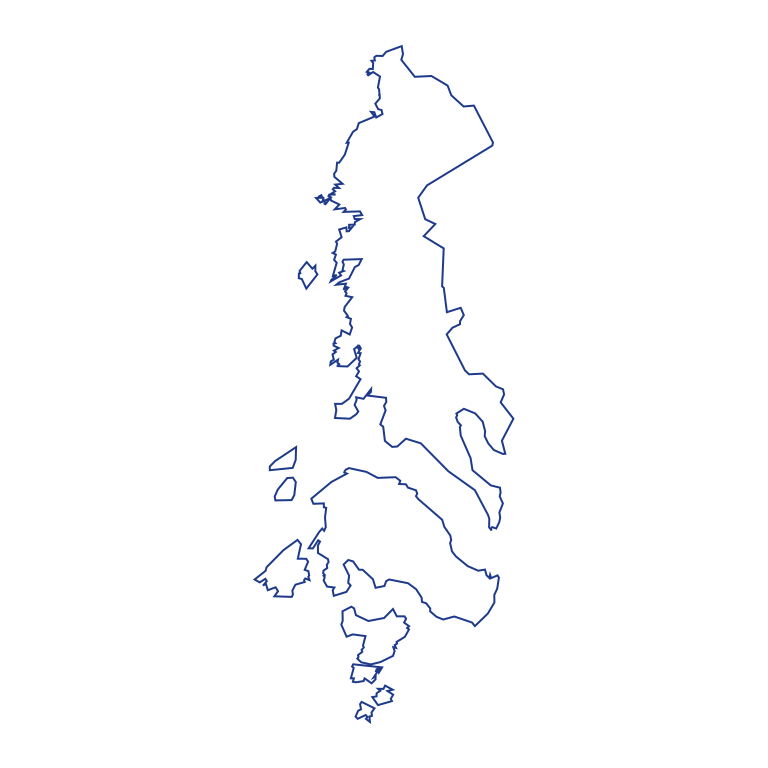 outline of Harstad nor, Troms, Norway, rotated 180°
{"feature_id": "86288312B68786515183071", "entity_name": "Harstad nor", "entity_type": "district", "adm_level": 2, "iso_a3": "NOR", "parent_name": "Norway", "parent_adm1": "Troms", "projection": "orthographic", "projection_center": [16.539, 68.812], "detail": "fine", "context": "isolated", "style": "outline", "palette": "blue", "viewbox_px": 768, "rotation_deg": 180, "n_neighbors": 0, "source": "geoboundaries", "source_scale": "gbopen_adm2", "svg_char_len": 6129}
<svg xmlns="http://www.w3.org/2000/svg" viewBox="0 0 768 768"><g transform="rotate(180 384 384)"><path d="M366.3,721.9L381.8,716.2L385.4,712.0L391.6,712.2L393.7,710.7L393.2,707.5L396.5,707.2L394.8,704.9L395.2,699.0L398.5,699.2L401.2,696.1L399.0,695.5L400.6,693.8L399.8,692.7L394.9,696.0L388.0,691.5L390.1,680.4L388.9,678.7L388.5,673.3L389.5,672.8L388.3,672.8L388.2,669.6L392.7,664.3L389.8,658.8L386.5,658.0L385.5,654.0L391.7,650.5L393.7,655.8L397.0,656.1L393.4,651.5L409.2,644.9L411.1,638.9L415.0,636.2L421.3,625.2L419.3,625.3L423.2,613.3L428.8,605.3L430.9,605.4L431.7,597.3L433.9,594.2L433.6,591.1L425.4,584.2L432.7,583.4L429.0,580.0L434.0,580.2L435.2,578.7L432.9,576.7L436.9,574.2L432.4,573.5L438.7,573.4L439.5,572.0L437.2,570.7L442.2,567.7L445.2,567.8L444.5,569.9L447.1,572.2L446.0,573.3L448.9,571.6L447.2,570.2L451.9,570.0L447.7,565.4L443.0,567.5L443.5,564.3L442.5,563.8L437.5,570.2L437.0,567.5L428.7,563.5L433.2,558.7L422.9,560.0L422.1,558.4L424.4,556.1L408.0,556.6L405.9,552.9L414.2,551.9L413.3,549.0L407.7,548.9L413.1,545.9L413.3,543.4L418.9,543.2L418.9,540.0L415.7,541.0L419.0,536.9L421.4,536.7L421.6,540.6L428.8,538.5L426.4,530.8L432.0,526.4L430.9,524.2L432.8,516.5L435.3,515.0L432.1,513.4L433.9,508.2L431.3,505.3L435.1,492.1L431.3,493.0L436.7,488.1L437.4,486.5L426.9,492.6L428.9,495.3L424.3,497.0L425.5,497.5L424.2,503.6L425.5,506.3L424.4,508.3L406.3,508.9L409.3,503.0L413.1,501.0L419.0,489.4L428.7,485.7L431.7,483.3L422.1,484.3L424.4,478.1L421.5,481.0L419.7,480.4L422.9,476.4L421.4,474.7L422.5,472.2L415.8,470.8L423.3,461.1L424.0,457.4L420.1,452.0L421.4,450.9L417.1,449.2L418.0,444.1L415.9,440.5L418.3,433.5L426.4,437.6L427.3,432.2L432.5,429.6L433.6,426.1L432.5,424.8L434.5,424.4L434.3,422.3L429.3,420.0L434.1,417.3L432.2,416.0L435.5,413.6L434.2,408.4L437.2,406.6L437.7,403.2L430.0,408.3L430.6,405.3L428.8,403.9L430.4,402.5L430.4,401.9L420.5,401.5L411.3,410.2L413.9,418.8L410.9,421.3L409.5,419.3L409.7,422.4L408.7,422.3L407.2,419.6L410.0,415.1L407.4,414.8L409.5,408.7L407.9,406.5L409.1,403.6L408.2,402.7L411.4,399.8L409.0,396.5L411.9,391.8L407.5,388.8L418.9,369.4L426.1,364.1L432.9,364.1L431.7,357.9L433.0,350.0L418.0,349.3L411.6,353.9L409.7,356.5L413.4,363.0L411.4,368.1L411.8,370.7L404.5,369.2L396.9,379.0L397.1,376.0L400.7,372.5L382.0,370.2L381.7,366.1L384.0,362.1L382.4,357.6L387.7,343.6L384.8,341.3L383.1,327.1L375.8,321.1L370.7,321.5L362.1,329.3L347.2,324.7L319.6,296.7L293.1,277.8L279.9,252.9L278.7,249.1L278.9,240.7L276.5,237.5L277.0,239.6L275.8,240.9L271.8,239.5L268.8,245.7L267.8,250.3L268.6,255.5L265.1,264.5L268.3,271.8L267.4,275.4L268.0,280.3L277.2,282.6L295.5,297.8L297.4,309.8L307.3,332.5L308.1,340.9L307.1,342.7L310.3,346.1L311.9,350.6L310.8,352.7L311.6,354.5L304.1,359.2L292.8,354.6L285.3,346.3L282.9,336.9L283.3,331.8L279.8,324.7L274.2,318.0L265.2,314.1L262.7,314.2L266.1,327.3L254.6,349.3L267.3,365.6L263.9,373.6L265.0,378.7L272.1,381.6L285.1,394.4L299.0,393.7L303.1,397.7L321.3,433.6L315.5,440.3L308.0,443.8L307.9,446.9L304.2,452.9L307.3,460.2L321.1,455.8L324.2,480.2L325.9,481.6L324.3,519.6L344.3,531.8L332.7,544.0L342.8,548.8L349.8,570.3L341.0,582.6L275.7,622.4L275.0,625.5L294.1,662.4L304.4,661.5L316.7,672.7L320.4,682.4L336.6,692.0L353.2,691.2L366.7,708.2L365.0,713.8L366.3,721.9ZM313.7,151.5L296.0,145.5L293.1,141.9L280.2,154.4L273.6,165.5L273.7,173.1L270.8,179.3L269.1,190.4L270.5,192.6L276.8,189.9L277.9,193.1L278.5,189.9L281.5,192.8L283.0,198.4L289.8,197.3L300.3,201.9L312.1,211.6L316.0,216.6L317.9,225.0L316.8,227.9L317.7,232.5L323.7,241.2L325.8,248.2L349.6,268.8L352.0,271.8L350.8,274.5L352.0,277.7L360.1,280.4L362.0,283.7L368.9,284.0L367.7,287.2L372.4,290.8L390.3,290.1L401.5,296.1L419.0,299.9L422.1,298.4L423.4,296.7L423.7,295.5L421.1,294.4L436.5,286.1L456.7,269.3L454.6,264.2L444.2,264.6L444.1,260.7L441.8,260.2L443.0,250.4L442.2,240.9L443.9,237.2L445.8,239.5L448.9,235.9L459.4,219.7L455.1,219.6L449.8,227.7L448.0,226.4L450.1,222.4L450.0,215.0L440.1,208.9L439.4,206.1L441.2,203.1L440.8,199.9L444.5,197.4L444.8,194.7L443.2,193.0L444.4,192.2L443.3,191.0L444.3,187.4L440.9,181.4L433.6,180.5L435.3,177.8L434.2,172.2L421.6,176.1L417.4,182.6L419.8,185.2L418.9,192.4L424.4,203.5L419.7,208.0L414.9,206.6L409.0,198.3L405.3,198.2L395.1,188.8L392.4,180.2L383.6,182.0L381.8,186.9L378.8,188.5L360.0,184.8L351.9,178.8L346.4,170.4L346.0,166.1L341.8,164.7L337.8,159.6L337.8,156.6L331.5,151.2L324.8,148.5L313.7,151.5ZM406.8,105.7L397.2,103.6L387.7,105.9L375.0,112.1L373.4,116.9L374.7,120.8L372.0,120.1L373.3,122.9L370.9,124.5L371.4,126.1L363.1,131.2L359.0,138.6L360.9,140.0L358.9,141.8L363.9,145.4L361.9,149.3L363.5,151.7L371.2,151.7L375.0,159.0L383.9,150.0L399.6,147.0L412.1,152.9L413.9,159.6L416.6,161.3L425.5,156.7L425.3,147.2L426.7,143.4L421.4,131.3L415.2,133.6L402.5,131.9L405.0,122.5L404.2,120.6L406.4,118.1L405.7,116.2L410.0,112.9L409.5,110.9L410.7,109.4L406.8,105.7ZM493.6,171.7L476.3,171.1L475.1,173.4L475.6,177.5L472.6,183.3L463.3,186.0L463.9,187.8L462.7,189.5L458.5,187.9L459.7,191.2L458.8,192.5L459.6,196.8L463.3,198.2L459.9,206.3L461.8,209.2L470.2,209.3L467.0,223.8L470.5,228.1L484.6,217.8L501.4,200.8L502.5,197.1L513.4,188.5L508.3,185.6L502.6,189.2L501.2,186.8L505.0,182.4L502.1,184.2L500.2,177.8L492.4,180.7L490.0,176.8L493.6,171.7ZM396.4,84.7L392.5,88.6L392.4,91.5L394.4,90.5L390.4,96.6L392.0,96.9L391.4,98.7L388.6,99.7L390.0,96.7L389.2,95.2L385.9,100.6L414.8,103.7L415.9,101.5L414.3,100.1L417.1,89.7L414.1,89.7L415.1,86.2L412.2,85.7L404.4,86.9L403.4,89.6L396.4,84.7ZM492.6,267.6L476.4,267.9L473.7,272.9L472.2,286.0L475.1,290.3L480.7,290.0L490.2,278.5L493.3,271.5L492.6,267.6ZM498.2,297.8L475.3,300.1L472.3,308.1L471.9,320.9L492.8,307.0L498.2,301.6L498.2,297.8ZM466.2,489.0L461.7,479.4L450.6,493.6L452.7,496.9L452.6,502.3L455.6,499.3L461.3,505.9L468.4,497.1L467.7,494.7L469.1,494.5L469.2,489.8L466.2,489.0ZM390.0,62.9L376.1,66.9L377.2,69.2L374.8,73.3L380.5,77.0L375.3,78.3L382.9,82.4L384.5,79.1L389.9,79.2L387.7,77.2L391.4,74.7L391.5,71.6L395.7,70.9L390.0,62.9ZM402.1,49.2L398.1,46.1L398.5,51.5L396.0,52.2L396.5,55.5L393.5,59.7L406.4,66.1L407.9,63.9L407.0,58.7L409.9,57.2L412.4,51.4L410.3,49.2L402.3,53.0L400.5,51.0L402.1,49.2Z" fill="none" stroke="#1e3a8a" stroke-width="2"/></g></svg>